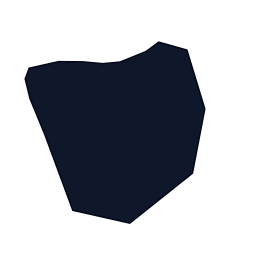 an SVG outline of Yevlakh, rotated 250°
{"feature_id": "AZE-5566", "entity_name": "Yevlakh", "entity_type": "Municipality", "adm_level": 1, "iso_a3": "AZE", "parent_name": "Azerbaijan", "parent_adm1": "", "projection": "equal_earth", "projection_center": [47.164, 40.605], "detail": "fine", "context": "isolated", "style": "filled", "palette": "ink", "viewbox_px": 256, "rotation_deg": 250, "n_neighbors": 0, "source": "natural_earth", "source_scale": "10m", "svg_char_len": 352}
<svg xmlns="http://www.w3.org/2000/svg" viewBox="0 0 256 256"><g transform="rotate(250 128 128)"><path d="M189.2,46.0L209.3,48.2L218.0,55.6L214.1,85.5L205.7,108.0L197.1,126.3L192.7,143.0L193.7,171.2L198.2,186.2L181.1,210.0L119.7,206.7L63.5,173.1L38.0,97.1L69.5,48.0L150.8,47.6L189.2,46.0Z" fill="#0f172a" stroke="#020617" stroke-width="1.5"/></g></svg>